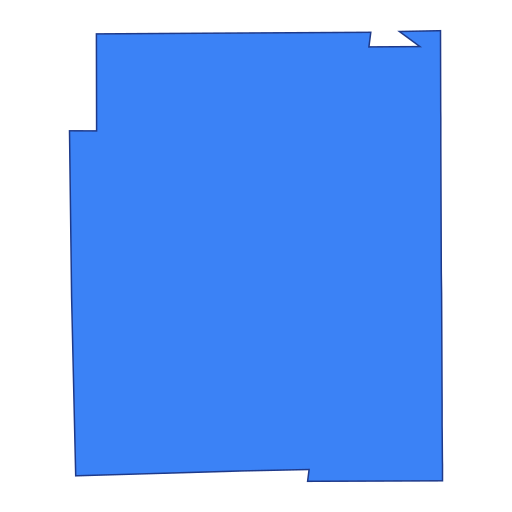 Edgar, Illinois, United States of America
{"feature_id": "52423323B29187483714259", "entity_name": "Edgar", "entity_type": "district", "adm_level": 2, "iso_a3": "USA", "parent_name": "United States of America", "parent_adm1": "Illinois", "projection": "albers", "projection_center": [-87.648, 39.68], "detail": "fine", "context": "isolated", "style": "filled", "palette": "blue", "viewbox_px": 512, "rotation_deg": 0, "n_neighbors": 0, "source": "geoboundaries", "source_scale": "gbopen_adm2", "svg_char_len": 479}
<svg xmlns="http://www.w3.org/2000/svg" viewBox="0 0 512 512"><path d="M441.8,336.5L441.6,293.4L441.3,272.6L440.8,143.0L440.8,126.9L440.8,118.4L440.7,110.6L440.5,30.7L399.4,31.5L419.9,46.6L368.9,46.9L370.8,32.3L210.4,33.2L96.4,33.9L96.6,130.9L69.5,130.8L71.0,248.8L71.6,297.2L75.7,475.8L243.0,470.9L309.1,469.5L307.6,481.3L442.5,480.8L442.5,464.7L442.4,460.4L442.2,432.9L442.1,425.6L442.1,404.6L442.0,384.5L441.8,336.5Z" fill="#3b82f6" stroke="#1e3a8a" stroke-width="1.5"/></svg>